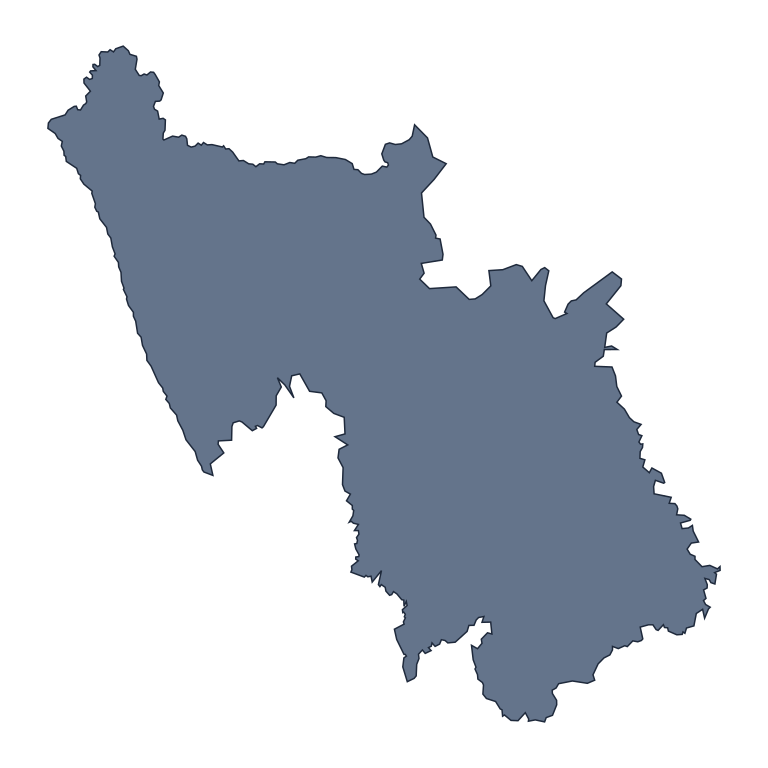 Namakwa, Northern Cape, South Africa
{"feature_id": "47623444B2552562251298", "entity_name": "Namakwa", "entity_type": "district", "adm_level": 2, "iso_a3": "ZAF", "parent_name": "South Africa", "parent_adm1": "Northern Cape", "projection": "albers", "projection_center": [17.588, -30.489], "detail": "fine", "context": "isolated", "style": "filled", "palette": "slate", "viewbox_px": 768, "rotation_deg": 0, "n_neighbors": 0, "source": "geoboundaries", "source_scale": "gbopen_adm2", "svg_char_len": 6043}
<svg xmlns="http://www.w3.org/2000/svg" viewBox="0 0 768 768"><path d="M511.0,720.4L518.0,720.7L525.3,712.7L528.7,719.0L528.4,721.2L535.3,719.9L544.6,721.9L546.2,717.6L552.5,715.3L556.7,704.8L556.6,700.3L552.4,693.5L552.2,690.2L556.1,688.0L558.6,683.7L572.4,681.0L587.4,683.3L594.7,680.2L593.0,674.8L598.1,663.9L604.0,657.9L609.9,654.9L612.5,649.9L612.5,646.4L618.3,648.6L624.8,645.7L627.3,646.6L632.8,640.9L637.8,641.8L641.4,640.5L642.8,638.9L640.2,627.1L648.5,624.8L652.9,624.8L656.1,629.6L658.1,630.4L663.4,624.7L664.5,627.5L667.6,627.8L668.4,631.1L676.8,634.8L682.2,634.4L683.0,631.9L684.9,633.3L686.5,628.0L693.9,625.9L696.3,613.5L702.6,609.3L704.6,618.2L708.5,608.9L710.2,607.2L705.6,604.5L703.5,600.6L706.0,598.4L703.6,589.9L707.1,588.0L707.3,584.7L704.9,578.4L709.2,579.6L710.9,582.6L714.9,584.0L716.5,574.2L714.6,572.6L720.1,570.4L720.0,566.6L717.5,568.9L709.8,565.4L702.0,566.7L695.0,559.5L695.0,556.3L690.2,554.2L687.1,549.1L691.3,543.1L698.6,542.0L693.2,531.1L692.4,525.4L688.4,528.0L682.1,528.6L680.5,523.0L690.2,520.3L690.8,519.2L684.3,515.3L676.6,514.8L677.8,508.8L676.9,506.0L674.9,503.6L669.2,503.3L671.2,497.3L654.1,493.8L653.6,486.6L655.4,480.3L663.7,483.2L664.7,482.5L661.4,473.2L651.9,468.0L649.3,472.7L642.8,467.0L644.9,459.8L639.9,458.3L640.2,451.6L642.5,447.5L642.8,443.9L640.6,444.2L638.9,442.0L641.9,435.7L638.6,434.5L636.8,429.5L641.1,424.4L633.9,421.8L629.4,417.6L624.4,409.1L616.9,402.2L621.5,396.1L616.8,386.5L615.5,375.9L612.0,367.0L594.7,366.3L595.1,362.3L603.3,356.2L604.3,349.6L617.3,349.5L611.6,346.0L604.7,347.4L606.7,333.0L616.1,327.0L623.7,319.2L606.3,303.9L620.9,285.7L621.5,279.0L612.2,271.9L583.8,292.7L576.1,299.9L571.3,300.9L568.1,304.1L564.6,312.1L566.9,313.5L555.2,318.6L553.1,317.7L543.9,300.8L545.5,285.6L548.8,270.8L544.7,267.6L540.9,269.5L531.8,280.7L522.3,266.4L516.3,264.6L502.8,269.7L488.9,270.6L490.8,285.9L482.2,294.5L475.2,298.9L469.2,299.4L456.1,286.9L429.5,288.6L419.7,279.1L424.1,273.2L421.3,263.4L442.3,260.0L443.0,254.3L440.1,239.0L435.6,238.1L436.0,235.1L430.5,224.1L424.0,217.3L421.5,193.0L434.2,179.3L446.2,163.7L432.8,157.0L427.5,137.9L414.6,124.8L412.2,136.2L409.2,139.7L401.6,143.8L395.3,144.5L389.6,142.9L385.4,144.3L381.8,153.9L383.7,160.0L385.0,161.9L387.7,162.7L388.4,165.1L386.8,167.1L382.3,166.1L376.4,172.1L371.4,174.1L364.6,174.5L361.5,173.4L357.9,169.7L354.0,169.4L352.2,163.6L345.4,159.5L335.8,157.6L326.7,157.5L320.8,155.7L315.8,157.1L308.6,156.9L305.8,158.7L297.8,160.2L294.7,163.3L289.8,162.5L284.0,164.8L277.3,163.8L275.3,162.0L264.9,161.8L263.7,164.0L259.6,163.8L255.9,166.7L252.8,164.2L248.7,163.8L243.4,160.5L238.9,160.9L232.7,152.1L229.0,148.7L225.7,149.0L223.6,145.8L222.4,147.0L212.0,144.6L207.3,144.9L203.5,142.5L201.3,145.2L198.1,143.1L195.1,146.1L191.2,147.1L187.5,145.3L186.8,138.8L185.5,136.3L181.8,135.1L178.6,137.2L172.6,136.1L163.9,140.0L162.9,139.0L163.3,133.1L165.0,130.2L165.4,119.9L163.1,118.3L159.2,119.1L157.6,111.1L154.5,109.2L153.5,106.4L155.4,101.4L159.7,101.1L161.1,99.9L163.3,93.0L158.7,85.5L159.4,81.9L155.2,74.5L153.6,72.3L150.5,72.0L146.9,75.0L144.1,74.0L141.2,75.7L139.2,75.4L135.3,69.3L137.0,59.2L136.4,56.3L129.9,54.3L128.4,50.8L123.2,46.1L115.8,48.7L113.5,51.9L110.1,49.7L107.8,52.0L101.2,51.7L99.0,55.0L100.0,58.0L99.8,65.3L97.8,66.6L94.7,64.3L93.0,64.5L92.9,66.8L96.0,70.6L90.6,70.9L89.7,72.1L92.4,75.2L92.3,78.5L89.6,79.4L86.5,77.2L83.9,79.1L84.0,83.0L90.4,91.2L85.7,96.0L86.7,101.9L85.8,103.6L83.5,105.1L80.5,110.0L77.7,109.7L76.3,106.2L74.2,106.4L68.1,110.2L65.1,114.9L51.3,119.3L48.4,123.0L47.9,128.4L55.2,133.5L58.0,138.4L62.3,141.4L61.3,146.0L63.9,151.2L64.1,155.3L65.7,156.5L66.3,161.4L76.7,168.3L78.4,173.7L80.6,175.4L80.3,178.8L83.9,184.2L92.2,191.1L91.8,193.4L95.4,203.7L94.8,207.2L96.7,211.2L98.3,212.0L99.8,218.8L106.5,227.4L107.8,234.0L110.8,238.0L112.4,246.9L115.1,253.9L114.1,256.2L118.4,262.4L118.7,266.9L121.0,272.3L121.5,281.3L124.0,288.1L123.4,289.4L127.0,296.8L126.5,299.0L128.5,305.5L133.4,312.3L133.4,316.2L135.7,321.2L137.6,333.3L141.1,337.2L142.5,345.4L146.6,354.0L146.9,360.4L151.1,366.2L158.5,382.7L162.7,388.0L163.3,391.4L167.0,396.1L165.8,399.4L169.3,403.5L170.3,407.9L176.6,415.1L177.8,420.8L182.8,430.2L186.0,439.8L195.2,451.6L197.6,460.2L201.5,466.2L202.3,469.8L203.9,472.0L212.9,475.4L210.3,463.9L223.8,452.9L218.1,444.3L218.4,440.9L231.6,440.2L231.9,426.6L233.2,422.8L239.3,420.9L242.0,422.0L252.3,430.7L256.6,428.4L255.4,426.3L257.5,425.5L262.0,427.9L263.4,426.7L276.1,405.1L276.2,395.8L281.3,387.0L277.4,377.7L284.8,384.9L293.9,397.9L289.5,386.3L291.7,375.8L299.8,373.9L309.6,391.3L321.8,392.9L326.1,400.7L325.8,406.6L333.8,413.4L344.2,417.3L345.0,433.9L335.0,436.7L347.7,444.9L339.1,449.3L338.0,457.9L343.1,467.6L342.5,484.6L345.0,491.1L350.4,494.1L346.5,500.8L352.3,505.5L352.3,509.1L353.7,510.4L352.9,515.8L349.2,522.2L351.2,521.3L353.4,523.2L358.4,524.4L354.4,530.6L358.4,530.6L358.9,534.1L356.5,537.6L357.5,540.3L356.8,543.5L354.6,543.9L355.8,548.9L359.1,554.9L358.7,556.6L355.8,557.0L355.7,559.1L358.2,560.8L351.5,566.2L351.9,569.7L350.9,572.1L364.3,577.1L366.0,575.4L367.8,576.8L371.0,576.2L372.2,582.1L381.5,570.6L378.4,584.6L379.9,586.6L381.3,584.6L385.2,587.3L385.9,591.1L389.6,595.3L391.7,594.6L393.5,591.6L396.9,593.9L401.7,599.7L403.8,600.1L404.0,606.3L406.3,601.5L407.1,605.5L402.4,609.7L402.8,612.6L403.7,612.1L405.3,614.3L404.3,616.8L405.4,617.8L403.4,621.9L404.1,624.1L394.4,629.2L396.7,639.5L404.0,654.4L405.3,654.4L406.4,656.1L403.9,657.9L402.8,666.9L407.3,681.7L414.1,678.4L416.2,675.9L416.7,664.4L419.0,658.5L418.5,654.2L422.4,650.0L425.2,653.4L431.1,650.6L428.5,647.6L431.3,646.2L432.0,642.9L435.1,646.4L439.6,644.1L441.4,639.7L445.1,640.5L447.8,642.9L455.2,642.2L467.1,631.4L468.9,625.4L474.0,625.3L476.2,620.0L478.6,617.5L483.9,616.5L482.0,622.3L490.7,622.1L491.9,634.0L487.5,632.8L481.3,639.2L482.0,643.3L477.5,648.7L471.5,645.3L473.2,659.8L476.0,667.2L475.0,669.0L477.5,674.6L477.9,679.1L482.4,682.5L483.5,685.0L482.9,694.1L486.4,698.5L495.6,701.5L500.2,708.9L502.0,709.8L502.6,716.2L504.5,715.0L511.0,720.4Z" fill="#64748b" stroke="#1e293b" stroke-width="1.5"/></svg>